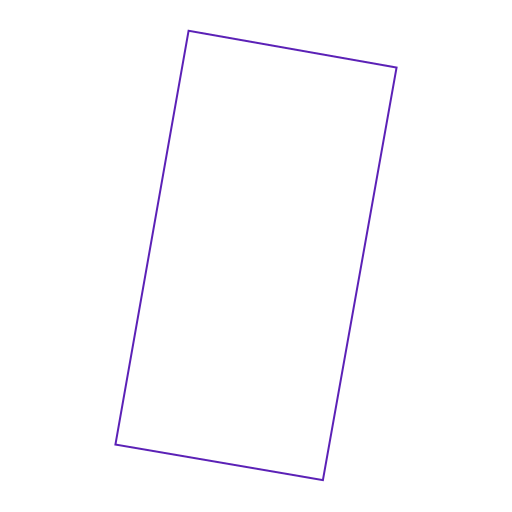 outline of Faulk, South Dakota, United States of America, rotated 100°
{"feature_id": "52423323B83189995296662", "entity_name": "Faulk", "entity_type": "district", "adm_level": 2, "iso_a3": "USA", "parent_name": "United States of America", "parent_adm1": "South Dakota", "projection": "robinson", "projection_center": [-99.132, 45.071], "detail": "fine", "context": "isolated", "style": "outline", "palette": "violet", "viewbox_px": 512, "rotation_deg": 100, "n_neighbors": 0, "source": "geoboundaries", "source_scale": "gbopen_adm2", "svg_char_len": 248}
<svg xmlns="http://www.w3.org/2000/svg" viewBox="0 0 512 512"><g transform="rotate(100 256 256)"><path d="M174.0,361.6L466.1,361.7L465.1,151.2L462.7,151.2L46.0,150.3L45.9,361.5L174.0,361.6Z" fill="none" stroke="#5b21b6" stroke-width="2"/></g></svg>